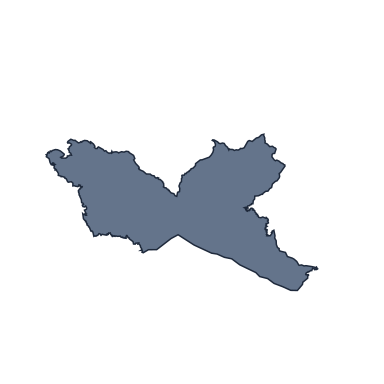 outline of Amansie South, Ashanti, Ghana, rotated 117°
{"feature_id": "2480657B37143689168174", "entity_name": "Amansie South", "entity_type": "district", "adm_level": 2, "iso_a3": "GHA", "parent_name": "Ghana", "parent_adm1": "Ashanti", "projection": "natural_earth1", "projection_center": [-2.012, 6.309], "detail": "fine", "context": "isolated", "style": "filled", "palette": "slate", "viewbox_px": 384, "rotation_deg": 117, "n_neighbors": 0, "source": "geoboundaries", "source_scale": "gbopen_adm2", "svg_char_len": 6120}
<svg xmlns="http://www.w3.org/2000/svg" viewBox="0 0 384 384"><g transform="rotate(117 192 192)"><path d="M107.9,154.2L109.6,156.1L113.1,157.4L114.7,159.2L119.6,161.3L120.2,164.4L121.6,165.3L128.9,165.6L130.5,167.0L131.2,168.7L132.2,168.8L133.7,169.9L134.3,171.7L135.8,173.2L135.6,175.0L136.7,177.3L136.7,178.4L137.8,178.3L136.0,180.7L135.4,183.3L134.1,185.3L134.5,187.0L136.1,188.8L136.3,190.3L135.7,191.9L135.6,195.8L136.1,197.2L136.8,197.4L136.9,195.0L138.8,192.8L140.6,192.1L141.4,192.3L142.1,193.2L143.1,193.2L144.6,191.9L147.3,191.4L150.5,191.7L153.1,192.4L158.7,197.6L159.7,199.2L165.1,201.7L166.9,200.9L170.1,201.8L171.8,203.4L172.8,203.3L174.4,204.2L175.0,203.9L176.6,205.3L178.3,205.6L178.6,206.6L180.5,206.6L181.5,208.4L182.0,208.5L183.7,207.3L184.7,207.5L187.6,206.1L189.1,206.7L192.6,206.3L194.4,204.5L197.3,203.3L198.8,204.7L202.8,203.6L203.0,205.5L201.7,207.4L202.3,210.1L201.5,212.4L200.9,213.0L201.3,213.7L200.5,214.6L200.7,215.6L200.1,216.7L200.6,218.6L200.4,219.8L199.7,219.7L197.1,221.3L196.8,222.5L196.2,222.7L195.3,226.0L195.8,227.1L195.6,228.1L194.7,228.1L194.8,229.3L195.9,230.3L195.7,231.7L194.8,233.0L195.5,235.4L195.0,237.4L196.7,240.8L195.7,244.8L195.9,248.3L195.5,249.1L195.8,249.4L195.3,250.2L194.4,250.1L193.6,250.9L192.1,255.2L189.9,258.6L188.2,258.1L185.9,260.7L185.4,266.0L184.8,266.8L185.6,269.2L187.3,270.6L188.1,273.1L190.5,275.2L190.3,276.2L190.6,277.8L192.0,280.0L193.0,280.6L192.1,281.9L194.2,281.5L194.4,282.8L195.2,283.4L195.1,285.5L194.3,287.5L195.3,288.6L194.5,290.5L194.3,295.8L195.2,296.3L196.3,296.2L197.0,297.5L196.6,299.2L195.3,299.3L194.0,301.5L193.2,305.2L193.9,305.5L194.2,304.4L194.7,304.4L193.9,308.6L194.8,311.1L196.8,312.9L197.7,312.9L197.8,314.0L198.8,314.3L199.8,315.6L199.0,319.8L199.7,320.5L200.0,323.9L203.2,325.5L204.3,325.5L204.8,324.8L203.9,323.6L204.1,321.1L205.0,320.7L207.7,321.7L209.1,321.3L209.8,322.0L211.3,319.9L212.4,319.4L212.5,317.7L213.9,316.1L214.6,317.6L215.9,318.3L216.4,319.4L217.6,319.0L219.2,319.9L221.0,323.7L220.7,324.8L218.4,323.0L216.7,322.8L216.2,323.2L215.2,327.9L215.4,330.9L216.2,333.0L218.6,335.4L219.8,335.7L219.8,336.9L221.8,336.9L221.7,337.7L222.2,337.4L222.6,338.4L224.5,338.2L225.0,338.8L225.6,337.7L226.7,337.8L227.1,334.5L230.2,331.8L231.6,329.8L231.2,328.1L230.2,329.4L229.3,329.3L229.0,328.4L229.7,327.6L229.6,326.5L231.1,327.3L231.4,326.4L233.2,325.9L233.4,324.7L234.4,324.1L233.6,323.7L233.8,322.9L234.5,322.7L234.8,321.4L236.3,319.3L237.9,318.7L237.4,316.1L237.8,315.5L237.2,315.1L236.7,312.0L237.5,311.4L237.3,310.0L239.3,307.5L239.4,306.6L237.6,304.2L238.2,302.1L240.7,300.9L239.9,299.8L239.6,297.8L239.0,296.8L239.1,296.2L238.3,295.7L236.9,296.0L236.7,294.5L237.6,294.4L237.8,293.5L237.1,292.3L238.0,292.2L239.4,293.4L240.2,293.1L240.6,293.6L242.7,293.8L243.3,292.9L244.0,292.8L244.6,291.8L245.9,291.3L246.3,290.2L246.9,289.9L249.0,287.2L251.6,285.5L251.5,284.0L252.1,283.1L253.5,283.8L254.5,282.6L254.2,281.1L252.8,280.3L254.0,278.6L255.3,278.2L257.0,279.6L258.8,277.2L259.4,277.4L259.5,276.1L260.5,276.6L260.8,275.8L261.1,276.4L260.7,277.6L261.3,278.1L260.9,279.5L265.1,276.6L265.9,274.8L265.8,273.8L266.8,273.4L266.6,272.6L268.1,271.4L268.0,270.8L269.0,270.6L269.3,268.8L270.0,268.3L269.9,267.6L272.7,264.4L272.1,263.6L272.6,263.2L272.6,262.2L276.1,259.3L275.2,258.6L275.0,257.5L274.1,257.2L273.5,256.3L271.3,256.0L271.0,255.2L271.9,253.4L270.5,252.9L269.5,249.3L268.8,249.0L269.1,248.3L268.8,248.1L268.3,248.7L267.6,248.4L267.6,247.3L266.3,247.6L266.1,246.7L265.6,246.3L266.7,245.1L266.7,244.6L267.4,243.9L266.9,243.4L267.7,242.7L266.5,241.8L266.8,241.3L266.3,241.0L266.4,240.3L265.7,239.9L265.4,238.4L263.9,235.8L264.4,235.1L264.2,233.6L263.7,233.2L264.1,232.5L263.2,229.7L262.8,229.7L263.1,230.9L262.2,230.4L260.5,230.6L260.3,230.1L261.7,228.0L261.4,227.4L262.2,226.5L263.0,222.0L264.9,220.5L264.2,218.9L263.2,218.9L261.6,216.4L262.8,216.4L262.3,215.8L263.2,213.7L264.2,213.1L265.7,210.8L266.4,210.6L267.2,211.1L266.6,210.0L267.2,209.3L268.3,209.3L268.3,207.9L263.2,204.6L259.4,197.3L242.9,189.5L236.4,185.0L238.3,166.0L237.6,146.7L235.9,141.5L235.5,133.5L233.5,126.3L235.2,116.4L234.8,98.5L236.6,93.3L234.8,85.3L236.2,77.4L235.2,68.2L234.8,59.4L231.9,53.4L224.2,51.6L222.1,52.3L216.3,49.8L214.5,50.7L213.1,50.4L212.8,50.9L214.0,52.7L213.6,53.4L211.9,53.4L210.6,52.1L210.2,52.3L209.6,51.2L208.2,50.8L207.7,49.6L205.4,49.9L205.0,47.8L205.5,47.3L204.7,46.4L204.5,45.7L203.5,45.2L203.4,46.1L202.7,46.4L202.3,47.1L203.6,47.7L203.3,48.4L204.0,51.2L205.9,57.0L207.0,58.6L207.2,61.2L208.6,63.1L208.6,63.7L206.4,67.0L205.5,70.5L205.4,72.6L206.2,77.7L203.4,81.3L204.7,86.9L203.8,88.3L202.8,88.7L202.7,90.6L200.5,93.0L197.2,94.9L195.5,97.4L193.3,98.2L188.9,101.7L190.6,102.8L191.0,102.3L192.1,102.8L192.3,102.0L195.4,102.4L196.2,104.0L196.0,104.5L196.6,104.5L197.0,105.5L195.9,105.5L196.0,106.4L194.3,106.6L194.1,107.4L192.2,108.9L191.8,108.4L192.4,107.6L191.5,107.9L191.4,109.1L192.0,109.9L191.6,110.2L190.5,110.5L188.5,109.5L188.6,110.9L187.5,110.8L187.1,111.5L186.5,111.6L186.0,110.6L184.9,109.9L184.2,110.3L183.6,111.6L182.5,111.2L181.7,111.9L181.0,114.3L181.9,114.2L182.1,117.6L183.7,119.0L184.3,121.1L183.2,122.2L183.5,122.9L182.2,123.5L182.6,124.7L181.8,125.1L181.4,126.6L180.2,127.6L180.3,128.8L179.8,129.0L180.4,129.8L179.3,130.1L179.6,130.9L179.2,131.3L180.0,132.3L181.6,132.2L181.6,133.0L182.5,132.6L182.8,133.7L183.9,133.7L184.0,134.8L182.2,135.4L182.2,136.6L182.8,136.6L182.1,137.2L182.2,138.2L181.4,137.5L181.1,135.7L180.9,136.1L180.4,135.4L180.0,136.1L179.0,135.9L178.0,134.4L176.8,134.3L176.2,133.3L175.3,133.6L174.8,132.4L171.8,133.5L169.9,133.0L167.2,134.2L165.2,131.1L162.1,128.7L162.0,128.1L161.0,128.1L158.0,126.7L156.7,124.7L153.7,124.3L151.9,123.1L148.4,124.0L144.6,122.5L143.4,121.3L139.8,120.7L138.3,121.0L135.9,122.7L134.5,122.0L126.7,120.9L125.7,121.7L126.0,122.5L125.4,123.9L125.6,125.9L125.0,128.4L125.1,130.9L126.3,131.9L126.1,133.3L124.4,136.7L122.1,137.7L120.9,137.2L120.1,135.9L115.5,136.6L115.0,137.7L115.1,139.4L114.7,141.0L116.3,143.4L115.1,146.6L115.1,149.3L113.4,149.9L112.3,151.1L110.9,151.6L108.9,153.9L107.9,154.2Z" fill="#64748b" stroke="#1e293b" stroke-width="1.5"/></g></svg>